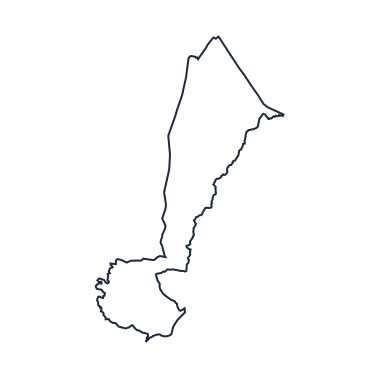 the district of Maçambará, Rio Grande do Sul, Brazil, rotated 106°
{"feature_id": "56859067B60830385241918", "entity_name": "Maçambará", "entity_type": "district", "adm_level": 2, "iso_a3": "BRA", "parent_name": "Brazil", "parent_adm1": "Rio Grande do Sul", "projection": "albers", "projection_center": [-55.63, -29.047], "detail": "fine", "context": "isolated", "style": "outline", "palette": "slate", "viewbox_px": 384, "rotation_deg": 106, "n_neighbors": 0, "source": "geoboundaries", "source_scale": "gbopen_adm2", "svg_char_len": 4347}
<svg xmlns="http://www.w3.org/2000/svg" viewBox="0 0 384 384"><g transform="rotate(106 192 192)"><path d="M277.0,245.0L278.0,245.9L279.0,246.1L282.4,245.4L282.7,247.6L283.2,250.6L284.5,250.1L285.7,247.8L286.6,247.6L287.0,248.6L288.3,249.9L291.4,250.1L292.7,248.6L294.1,250.5L296.0,249.5L297.6,249.2L300.3,248.8L300.9,247.3L301.8,247.1L303.2,247.9L302.8,250.0L302.2,250.8L300.9,252.1L300.6,256.6L300.8,257.6L303.0,258.5L304.2,256.2L303.3,254.7L304.1,253.9L305.1,253.9L305.2,256.1L306.4,257.3L308.8,258.6L309.9,258.2L311.4,256.5L310.9,252.4L311.4,251.0L312.4,250.5L312.9,249.2L313.0,248.0L315.8,247.5L316.6,248.6L318.3,248.2L318.5,250.6L318.0,251.6L318.5,253.3L319.6,253.2L321.0,253.6L322.4,253.3L323.7,252.0L325.3,251.3L327.0,250.7L327.2,249.1L328.5,248.6L328.0,247.4L329.3,246.8L331.0,246.8L331.9,246.6L331.8,245.3L333.0,243.5L334.6,243.3L335.1,242.4L336.4,240.4L338.2,239.9L337.4,237.9L337.2,236.9L338.7,235.3L339.3,233.3L339.7,232.0L339.3,231.2L339.2,229.3L339.8,228.0L340.6,227.2L341.0,226.3L341.6,225.3L341.6,223.9L341.4,222.9L341.7,221.8L341.4,220.4L341.4,218.2L339.3,215.0L337.8,214.1L337.0,213.3L336.5,212.3L338.0,210.4L340.0,207.0L339.7,205.2L340.1,203.5L340.4,202.1L340.9,200.3L340.6,199.1L340.7,195.3L343.0,194.4L344.4,195.3L346.3,194.8L348.7,195.3L347.5,194.3L343.8,192.5L342.7,190.9L341.2,189.8L338.7,186.3L337.8,184.0L338.5,181.5L338.3,180.3L338.5,178.8L337.9,177.7L337.6,176.3L336.6,174.8L335.4,173.4L334.3,172.7L326.6,172.9L318.8,170.6L309.7,165.6L305.9,167.1L307.7,168.5L309.4,170.5L309.0,172.0L307.0,173.7L306.2,174.4L304.6,175.3L303.6,175.6L303.2,176.9L301.6,178.9L301.5,182.2L299.7,187.2L297.6,192.1L294.0,195.9L291.8,197.2L289.6,197.5L288.4,198.4L287.5,199.6L286.7,200.6L283.3,202.7L281.3,204.0L280.1,203.0L278.8,200.1L278.3,199.1L276.6,197.9L276.1,196.1L274.8,195.3L273.2,194.3L272.7,191.4L271.9,189.6L271.5,188.3L271.5,186.7L271.1,184.9L271.3,183.9L271.1,182.4L270.3,178.1L270.4,176.8L269.4,175.7L265.5,176.4L263.2,177.1L261.3,176.1L259.1,176.1L257.9,176.4L257.1,177.5L255.7,177.6L253.7,176.6L252.8,176.5L249.5,177.5L247.7,177.5L247.7,178.7L247.5,180.0L246.5,181.8L245.3,182.4L244.3,181.1L243.8,180.0L242.3,179.3L240.2,180.4L238.9,179.8L237.6,179.4L235.8,178.8L234.3,178.9L233.1,178.3L232.0,178.5L231.1,179.3L229.3,180.0L227.7,179.9L226.3,180.6L225.3,180.0L223.9,179.9L222.7,179.4L221.4,179.5L220.9,180.4L219.4,181.7L218.7,182.4L217.1,181.4L216.2,181.4L215.0,181.1L214.2,179.6L212.8,178.9L211.6,176.9L210.8,176.2L209.3,176.2L203.9,174.9L203.1,173.7L202.7,171.1L201.5,169.2L200.5,169.1L198.2,170.2L197.3,169.8L195.9,170.6L194.1,170.2L192.4,170.5L189.1,170.4L188.1,169.2L187.0,168.5L185.0,169.5L183.8,169.6L182.2,170.5L180.4,170.7L178.9,173.5L178.0,173.3L176.5,173.0L175.6,172.7L173.9,172.7L172.3,171.6L172.1,170.3L169.7,168.2L168.4,168.2L167.7,167.3L166.5,167.0L166.7,165.6L165.8,164.5L163.3,163.5L162.0,164.1L160.2,164.6L158.5,164.6L157.7,163.9L156.9,163.9L155.8,163.2L155.2,161.8L153.6,161.4L152.7,160.8L151.9,161.2L150.7,160.7L149.8,159.2L148.0,158.8L147.0,158.5L145.3,158.0L143.8,157.5L139.3,158.0L138.3,157.4L137.6,156.4L136.0,156.4L134.0,155.9L131.8,156.2L130.9,154.6L129.7,155.0L127.9,155.6L125.9,155.7L124.1,155.6L122.7,156.1L121.6,156.1L118.9,156.1L118.1,155.2L116.9,154.7L116.3,153.3L115.6,152.3L114.4,149.8L113.4,148.6L112.8,147.8L111.0,146.8L108.6,147.0L106.8,147.0L103.8,147.4L101.9,147.1L100.6,146.2L98.7,145.9L97.2,144.9L97.4,143.2L98.1,141.9L99.2,140.9L99.8,139.1L100.7,138.8L100.6,137.8L99.5,136.8L99.2,135.7L97.7,135.2L96.8,134.4L97.0,133.4L95.5,132.4L95.8,131.0L95.0,129.8L94.0,129.7L94.5,128.5L93.7,127.1L93.9,125.7L92.3,125.4L91.7,129.3L89.7,142.4L87.7,147.5L80.8,155.1L73.9,163.8L65.1,174.0L60.0,180.8L35.3,209.3L38.1,211.4L37.5,213.9L44.8,217.1L50.6,218.6L59.6,221.8L62.7,222.7L61.2,224.3L61.9,225.2L61.1,226.3L61.4,229.9L62.5,231.6L65.3,232.1L83.4,229.3L96.0,228.6L97.8,228.4L99.4,228.4L102.1,228.2L107.3,228.5L117.5,229.0L123.7,229.0L139.1,230.0L144.5,230.3L162.0,223.5L176.2,220.2L200.1,218.7L203.3,217.2L211.8,213.3L215.5,212.9L218.7,213.0L223.4,213.2L225.7,213.3L231.8,208.1L235.3,207.8L240.8,208.8L243.2,208.4L247.4,208.5L249.3,208.2L250.2,207.7L251.8,206.0L260.9,200.7L261.9,199.6L262.4,205.3L264.5,207.6L267.0,209.0L267.9,209.9L268.3,211.7L269.5,220.4L271.9,221.9L274.8,231.6L276.5,233.7L277.1,234.5L277.8,235.3L276.8,241.3L277.0,245.0Z" fill="none" stroke="#1e293b" stroke-width="2"/></g></svg>